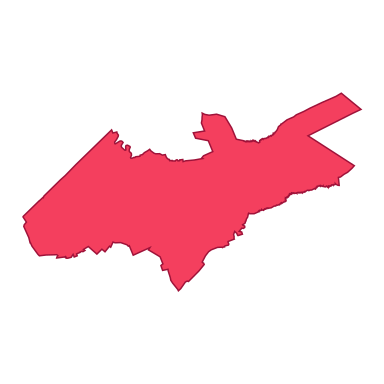 Roerdalen, Limburg, Netherlands (orthographic projection)
{"feature_id": "6326949B39652859333828", "entity_name": "Roerdalen", "entity_type": "district", "adm_level": 2, "iso_a3": "NLD", "parent_name": "Netherlands", "parent_adm1": "Limburg", "projection": "orthographic", "projection_center": [6.075, 51.145], "detail": "fine", "context": "isolated", "style": "filled", "palette": "rose", "viewbox_px": 384, "rotation_deg": 0, "n_neighbors": 0, "source": "geoboundaries", "source_scale": "gbopen_adm2", "svg_char_len": 6048}
<svg xmlns="http://www.w3.org/2000/svg" viewBox="0 0 384 384"><path d="M76.0,164.5L65.2,175.6L60.5,179.8L44.0,196.0L43.6,196.8L43.6,197.1L43.4,197.4L43.3,197.1L39.3,200.9L39.2,200.8L23.4,216.2L23.0,216.9L26.4,222.1L24.2,224.8L23.8,226.5L28.8,237.6L30.1,242.8L30.4,242.7L32.0,246.2L37.9,254.3L39.4,255.8L46.0,255.0L56.8,254.7L57.9,255.7L57.0,256.9L56.7,258.0L64.5,257.0L65.6,256.5L66.2,257.5L65.7,257.8L66.2,258.2L67.8,258.2L71.2,257.3L73.1,254.4L74.2,257.0L77.2,255.8L76.6,253.8L79.9,252.5L79.8,252.2L82.2,251.2L82.9,251.7L84.9,250.5L83.5,249.4L88.3,246.5L96.9,254.1L101.9,249.2L105.0,251.8L109.5,246.2L110.7,247.2L113.0,242.1L115.1,242.8L120.7,242.6L127.0,244.8L128.3,246.2L129.3,245.7L133.2,255.2L149.9,247.6L148.5,249.9L160.1,256.8L162.9,263.9L160.9,265.5L162.6,270.4L168.0,269.3L168.2,271.0L170.3,277.6L170.8,280.3L172.7,283.2L177.7,289.4L178.4,290.8L180.7,288.7L185.4,282.0L187.2,281.1L188.5,281.5L198.8,271.1L204.2,264.5L203.6,263.1L202.7,262.7L202.2,262.1L205.4,255.9L208.6,251.7L211.3,249.8L217.5,247.4L221.7,247.2L222.6,247.6L223.2,247.0L224.6,246.9L224.6,246.3L225.3,245.8L228.4,245.1L228.7,244.6L228.8,244.0L228.0,242.1L228.1,241.5L234.3,239.1L234.0,238.5L234.1,236.7L233.6,234.4L234.7,231.4L236.8,233.4L237.6,235.3L238.0,235.6L242.4,234.2L241.7,232.0L239.2,231.3L241.8,228.2L243.4,228.4L244.7,227.5L244.8,226.8L244.6,226.0L243.1,225.4L242.6,224.7L244.4,223.7L245.2,222.9L245.4,221.4L245.7,221.4L246.0,220.7L246.4,219.0L247.6,217.2L248.4,213.6L248.8,213.1L249.6,213.7L254.2,213.7L257.9,212.1L258.3,211.5L258.7,211.7L258.7,211.0L259.0,210.7L259.4,210.9L259.3,210.4L259.5,210.3L259.9,210.6L261.2,210.1L261.5,209.6L261.8,210.3L263.0,209.9L263.3,210.3L263.0,210.5L263.4,210.4L263.7,210.3L263.9,209.6L264.9,209.3L264.9,208.9L265.7,209.1L266.2,208.3L266.6,208.5L266.6,208.2L267.4,208.0L268.0,208.3L268.2,208.0L268.6,208.2L271.2,207.8L274.1,206.1L275.8,206.0L276.4,205.1L277.8,205.2L279.1,204.5L279.6,204.8L280.1,203.9L280.6,203.6L280.9,203.8L281.1,203.3L280.9,203.1L281.5,202.6L282.1,203.2L283.9,201.9L284.7,201.9L285.9,201.2L286.1,200.5L285.9,199.7L285.6,199.7L285.8,199.5L285.4,198.6L285.9,198.4L286.1,198.1L285.8,197.7L286.8,197.8L286.7,197.4L287.3,197.3L287.0,197.1L287.1,196.8L288.5,196.4L288.4,195.9L288.5,195.4L288.9,195.4L288.8,195.5L288.9,195.9L289.5,195.5L289.5,194.3L290.1,194.3L289.5,193.9L289.7,193.6L290.4,193.7L290.2,194.1L290.6,194.4L291.1,194.2L291.2,193.5L291.9,193.5L291.8,193.2L291.3,193.2L291.6,192.7L292.3,192.9L292.4,193.4L292.9,193.6L293.4,193.3L293.3,192.9L293.7,192.8L294.4,193.4L294.7,193.1L295.6,193.3L296.2,193.0L296.9,193.5L296.9,192.9L297.6,192.5L298.5,192.9L298.9,192.4L299.4,192.8L299.7,192.6L299.8,192.9L300.0,193.0L300.5,192.4L301.6,192.8L301.8,192.2L302.5,192.3L302.7,192.8L303.2,192.1L304.4,191.9L304.6,191.5L304.9,191.5L304.8,192.0L305.1,191.9L305.1,191.5L305.5,191.5L307.2,190.3L308.9,190.3L309.0,190.6L310.1,190.1L311.8,190.0L313.8,188.9L314.5,188.9L314.6,188.6L315.1,188.9L315.4,188.6L315.6,188.9L316.4,187.7L315.9,187.0L316.9,187.5L317.2,187.1L316.9,186.9L317.5,186.6L317.4,186.2L319.0,186.1L319.2,185.7L319.5,186.0L320.1,185.7L320.5,186.2L320.8,185.5L322.1,186.4L323.0,185.8L322.9,186.3L323.4,186.6L324.4,186.6L325.1,187.0L326.3,186.2L326.4,186.6L327.4,186.4L327.6,186.9L328.0,186.4L328.3,187.1L328.4,186.7L329.1,186.5L328.7,186.4L328.9,186.0L329.3,186.3L329.9,185.8L330.1,185.9L330.0,186.2L330.6,185.7L331.1,185.4L331.2,185.8L331.7,185.5L331.8,185.3L331.5,185.1L331.7,184.9L332.0,185.1L332.4,184.8L333.0,184.8L333.3,185.2L333.5,184.6L334.4,184.8L334.8,184.6L334.9,184.3L335.7,184.3L335.6,183.9L336.1,184.4L338.0,185.3L339.2,185.4L338.4,177.4L340.5,177.0L344.0,174.3L347.6,172.3L352.1,168.2L354.3,165.7L308.0,135.8L352.7,113.3L361.0,109.4L341.3,93.2L336.1,96.3L322.0,102.5L309.9,108.2L303.9,111.4L296.3,114.8L293.7,116.9L287.2,119.7L281.8,123.8L280.8,124.2L280.8,124.8L278.5,126.6L277.3,129.6L275.7,131.8L275.1,132.1L274.9,132.9L273.4,133.1L273.6,133.6L273.0,134.0L272.8,134.5L273.3,134.6L273.1,134.8L272.0,135.2L271.5,135.9L271.2,135.5L270.8,135.5L270.0,136.3L268.9,136.2L268.9,136.7L268.3,136.9L268.4,137.0L268.4,137.5L267.5,137.5L266.3,138.3L266.1,138.1L264.9,138.7L264.2,138.4L263.4,138.9L263.0,138.8L263.0,139.1L262.7,138.9L262.4,139.1L262.3,138.9L261.9,139.4L261.5,139.2L261.4,139.5L260.7,139.7L260.8,140.1L260.4,140.2L260.2,140.7L259.6,140.7L259.5,141.1L259.7,142.3L258.5,142.9L256.7,141.9L256.3,142.0L256.1,141.5L255.3,141.4L255.3,140.9L254.5,141.3L254.0,141.1L254.5,140.9L253.7,140.2L253.2,140.2L253.3,140.6L252.8,140.3L252.6,140.9L252.3,140.9L252.1,141.3L251.5,141.0L251.6,141.3L251.1,141.7L250.5,141.6L249.9,141.1L249.5,141.3L249.8,141.5L249.7,141.7L249.1,141.8L248.8,141.6L248.8,141.3L249.2,141.3L248.9,141.1L248.2,141.5L248.0,141.0L247.2,140.9L247.4,141.5L247.0,141.6L246.8,141.4L246.7,141.7L246.3,141.6L246.2,141.8L245.8,141.8L245.8,141.4L245.0,141.4L245.3,140.6L244.8,141.1L243.8,141.1L243.5,140.7L236.3,139.2L231.7,128.0L224.9,116.7L216.6,114.2L209.1,115.2L204.8,114.4L202.2,113.1L202.4,114.9L202.1,116.9L202.0,119.8L201.4,123.0L204.6,131.0L193.3,132.8L195.6,138.2L208.3,140.7L212.8,151.6L203.5,155.8L201.8,157.9L202.7,158.5L194.3,160.0L185.7,160.8L183.1,161.6L182.8,159.5L179.8,159.9L179.9,160.3L179.6,160.7L178.0,160.9L177.4,159.9L176.7,159.8L175.6,160.4L175.3,161.0L172.1,160.9L172.1,160.5L169.7,160.7L169.5,159.8L169.2,159.8L169.0,159.3L168.5,159.3L167.3,158.5L166.2,157.0L165.3,154.6L162.4,155.1L159.7,153.7L155.7,153.8L154.0,153.2L151.7,151.5L150.8,150.8L149.7,149.3L147.6,150.8L144.6,152.5L143.3,153.6L142.7,154.5L140.1,155.2L139.9,156.3L135.8,156.7L134.8,157.6L134.1,157.3L132.2,158.2L130.9,158.2L130.5,157.5L131.5,155.3L131.4,153.7L130.9,152.8L129.5,151.7L129.2,150.9L129.4,149.0L130.2,147.3L130.0,146.5L127.6,145.2L126.2,145.4L125.8,145.9L125.6,146.7L125.9,149.9L125.6,150.2L124.8,150.2L121.8,147.5L121.3,146.6L121.4,145.2L123.1,142.5L122.2,141.4L121.0,140.9L119.8,141.1L115.5,143.8L115.0,143.8L114.7,143.1L114.7,142.0L116.5,139.6L118.2,136.4L118.4,135.1L117.1,133.3L116.8,132.0L112.9,133.0L111.6,129.9L76.0,164.5Z" fill="#f43f5e" stroke="#9f1239" stroke-width="1.5"/></svg>